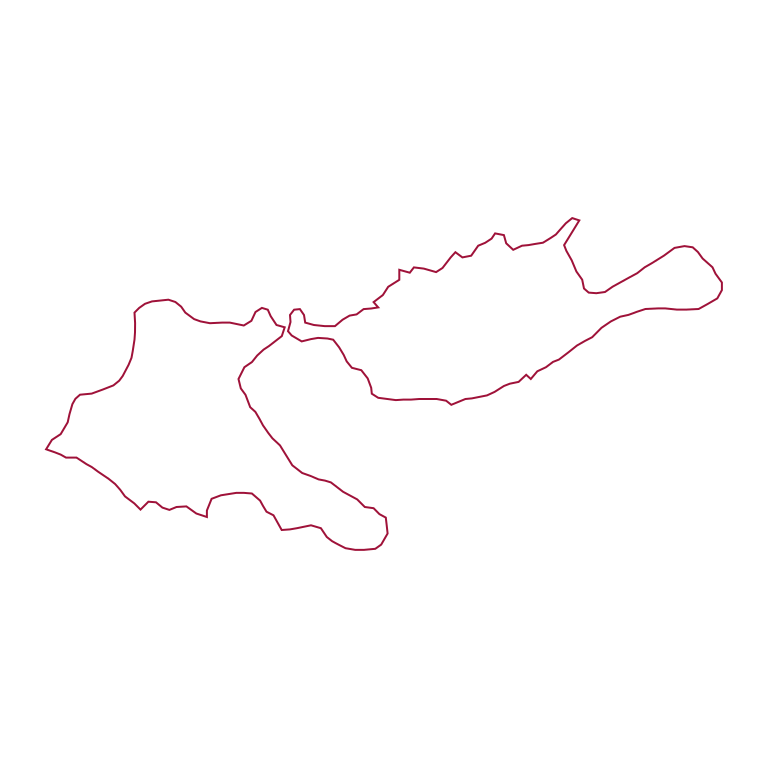 Aigialousa, Cyprus (orthographic projection)
{"feature_id": "46923920B6502915475397", "entity_name": "Aigialousa", "entity_type": "district", "adm_level": 2, "iso_a3": "CYP", "parent_name": "Cyprus", "parent_adm1": "", "projection": "orthographic", "projection_center": [34.239, 35.544], "detail": "fine", "context": "isolated", "style": "outline", "palette": "rose", "viewbox_px": 768, "rotation_deg": 0, "n_neighbors": 0, "source": "geoboundaries", "source_scale": "gbopen_adm2", "svg_char_len": 3064}
<svg xmlns="http://www.w3.org/2000/svg" viewBox="0 0 768 768"><path d="M284.7,327.3L276.5,325.0L270.7,316.2L267.8,309.7L261.9,307.9L255.5,312.0L251.4,320.8L243.8,325.5L229.8,322.6L222.2,322.6L209.9,323.2L200.5,321.4L194.1,319.1L185.3,312.6L181.2,306.7L175.4,302.0L168.4,299.7L157.9,300.8L152.0,301.4L145.0,303.8L139.2,307.9L134.5,312.6L135.1,323.1L135.0,332.5L134.5,339.6L132.7,351.3L131.5,357.8L128.6,364.8L122.7,376.0L119.2,380.7L113.4,385.4L102.9,389.5L91.7,393.6L80.0,394.7L75.4,398.8L72.4,404.1L69.5,414.1L67.7,422.3L60.7,434.1L51.9,439.9L46.1,449.3L54.8,452.3L60.7,454.6L66.0,457.6L76.5,457.6L86.4,464.1L91.7,467.0L98.1,471.7L108.6,478.8L115.1,484.0L120.3,489.9L125.0,496.4L134.3,503.4L140.5,509.6L148.4,501.7L156.0,502.3L162.4,507.6L169.4,509.9L176.5,507.0L186.4,506.4L196.3,513.5L206.9,517.0L206.9,510.5L211.6,498.8L220.9,495.3L236.1,492.9L244.3,492.9L251.9,493.5L260.1,500.6L263.0,505.9L266.5,511.7L273.5,515.3L281.7,530.0L289.9,529.4L296.9,528.2L311.0,525.3L320.9,528.2L326.8,537.0L332.0,541.1L335.6,543.1L339.6,545.2L345.5,548.2L355.4,549.9L363.6,549.9L375.3,548.8L381.2,544.6L387.6,533.5L386.7,525.3L385.8,517.6L379.4,514.1L373.6,508.2L364.8,507.0L357.2,499.4L343.1,491.8L330.9,482.4L325.0,480.6L318.6,479.4L310.4,475.9L302.2,473.0L292.3,465.3L285.8,454.8L280.0,445.4L272.4,438.3L268.3,433.0L263.0,425.4L259.5,418.9L255.4,411.9L250.2,407.2L245.5,394.8L240.8,388.4L238.5,379.0L244.4,367.2L252.0,362.0L257.2,355.5L263.6,349.6L268.9,346.1L274.2,342.0L281.8,336.1L284.7,327.3ZM530.8,379.0L537.3,371.3L546.0,367.2L553.0,361.9L558.9,359.6L568.2,352.5L577.0,345.5L585.2,340.8L592.2,337.2L601.5,327.8L610.9,321.4L620.2,316.7L628.4,314.9L634.0,312.9L636.6,311.9L645.4,309.0L658.2,308.4L665.2,308.4L676.9,309.6L686.3,309.6L698.6,309.0L707.3,304.2L717.3,298.4L721.9,290.1L721.9,282.5L715.5,273.7L712.5,267.3L702.6,258.5L697.9,252.0L692.7,247.3L684.5,246.1L674.5,247.9L664.0,255.6L651.8,263.2L644.7,267.3L637.2,273.2L629.6,277.3L612.6,286.7L605.0,292.0L596.3,293.2L588.7,292.6L584.0,288.5L582.2,279.7L576.4,271.5L571.7,260.3L566.4,250.9L564.1,245.1L572.8,231.0L579.3,220.4L572.2,218.1L565.8,223.3L560.0,229.8L555.9,234.5L550.6,238.0L543.0,242.7L535.4,243.9L528.4,245.1L522.0,245.7L513.2,249.8L506.2,243.3L503.9,235.1L495.1,233.4L491.6,238.6L485.2,242.8L478.2,245.7L471.2,255.7L462.4,257.4L455.4,252.2L450.7,257.4L442.5,268.0L436.1,272.1L423.8,268.6L413.9,267.4L409.8,272.7L399.3,269.8L399.3,279.8L388.2,286.8L382.9,295.0L373.6,302.1L378.2,307.4L371.2,308.5L363.6,309.1L356.6,314.4L349.6,315.6L342.6,319.7L335.0,326.1L324.5,326.1L313.9,325.0L305.2,322.6L304.0,315.0L299.9,309.1L294.1,309.7L290.0,315.0L290.5,322.0L288.0,331.2L291.7,335.5L301.7,341.4L311.0,339.1L318.0,337.9L327.4,338.5L333.2,339.7L339.1,347.3L343.7,354.9L346.7,361.4L351.9,367.8L361.3,370.2L367.7,378.4L371.2,387.8L371.8,393.7L378.2,397.8L395.8,400.1L403.4,399.6L411.0,399.6L419.2,399.0L430.9,399.0L436.7,399.0L446.1,400.7L451.3,404.8L465.4,399.0L471.8,398.4L487.0,395.4L494.6,391.9L503.9,386.0L509.8,383.7L518.6,381.9L526.2,374.8L530.8,379.0Z" fill="none" stroke="#9f1239" stroke-width="2"/></svg>